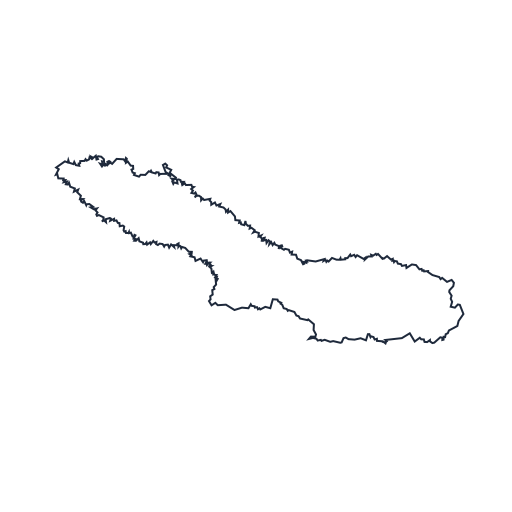 outline of Arajuno, Pastaza, Ecuador, rotated 194°
{"feature_id": "8360857B99947477251050", "entity_name": "Arajuno", "entity_type": "district", "adm_level": 2, "iso_a3": "ECU", "parent_name": "Ecuador", "parent_adm1": "Pastaza", "projection": "albers", "projection_center": [-76.93, -1.354], "detail": "fine", "context": "isolated", "style": "outline", "palette": "slate", "viewbox_px": 512, "rotation_deg": 194, "n_neighbors": 0, "source": "geoboundaries", "source_scale": "gbopen_adm2", "svg_char_len": 6117}
<svg xmlns="http://www.w3.org/2000/svg" viewBox="0 0 512 512"><g transform="rotate(194 256 256)"><path d="M281.2,199.0L273.4,201.5L263.8,198.4L257.1,202.5L250.7,203.5L249.4,207.9L248.2,206.6L245.2,206.9L244.6,205.7L242.6,206.6L241.2,204.8L240.0,206.1L238.9,205.2L234.7,208.9L229.5,208.8L229.2,218.1L224.6,218.9L223.5,217.4L220.2,216.7L220.6,215.7L218.7,215.0L216.5,212.0L213.4,212.0L211.9,210.5L211.2,211.4L205.2,211.0L202.4,208.0L200.1,207.9L198.2,206.0L190.5,206.2L190.0,207.1L183.3,203.8L182.2,198.1L178.8,194.4L178.9,192.0L183.2,191.1L184.6,188.3L180.9,190.3L177.3,190.3L175.7,188.9L172.8,190.3L171.9,189.5L169.1,191.3L163.2,190.7L160.5,192.1L153.2,192.2L152.0,192.9L151.2,197.5L149.2,198.6L146.1,197.7L140.1,198.7L134.6,201.5L128.9,200.8L128.5,207.2L127.1,207.6L125.3,205.0L125.0,205.9L122.4,205.8L120.7,203.7L118.7,204.9L118.1,202.9L112.3,203.9L109.2,202.5L109.1,203.6L110.2,203.5L108.6,204.8L110.2,205.8L94.6,211.6L88.1,218.2L81.3,211.4L77.3,216.3L75.5,215.1L73.0,215.7L71.7,213.4L69.1,213.9L66.9,216.5L66.6,215.3L63.8,214.2L62.1,215.0L57.5,221.7L55.3,221.8L54.9,219.6L53.8,220.2L54.3,223.0L52.9,223.1L53.0,226.0L51.2,227.5L50.8,230.4L43.7,236.8L43.7,242.0L40.7,249.9L46.4,257.9L48.4,257.8L50.5,254.0L54.8,253.9L54.6,259.0L56.7,261.6L56.6,264.8L59.8,267.8L60.0,269.5L57.3,274.4L57.5,277.9L60.4,280.1L64.4,277.1L70.1,279.8L71.3,278.2L73.1,279.9L80.2,280.2L85.3,282.1L85.4,283.0L89.2,281.7L89.9,282.7L91.1,281.9L92.2,283.5L94.2,282.6L98.5,285.9L102.7,285.5L107.1,280.8L108.2,283.5L112.0,281.7L113.4,283.2L116.5,282.9L118.0,284.9L120.1,284.7L120.6,283.5L121.5,285.0L122.5,284.4L122.7,286.3L124.3,285.2L128.8,287.6L131.3,284.4L132.6,284.6L131.9,283.4L138.1,287.5L139.2,286.2L140.3,287.1L142.4,284.7L144.5,285.0L143.7,283.5L147.0,282.7L149.4,279.0L149.5,280.8L150.9,279.2L158.1,281.2L159.1,279.1L161.0,280.9L163.7,278.8L164.9,280.2L166.7,276.1L168.9,275.5L168.6,274.4L172.8,272.9L173.5,274.3L174.0,272.6L177.0,271.9L181.8,272.5L184.2,268.2L185.5,268.8L186.3,267.3L187.6,269.1L189.2,267.6L189.0,269.5L196.8,265.1L205.4,264.2L206.4,263.7L205.2,262.7L206.4,262.3L205.9,261.6L208.3,261.7L207.4,260.1L208.3,259.4L211.4,262.9L215.3,263.4L217.5,266.9L221.8,266.0L222.0,268.9L223.9,267.5L225.6,270.0L229.5,270.0L230.4,268.8L234.2,269.9L234.4,271.0L232.9,271.7L233.5,272.6L234.9,271.9L235.8,268.3L235.9,271.1L240.1,271.7L241.4,273.2L242.5,270.6L244.6,273.2L245.9,270.6L246.1,273.6L247.7,274.3L248.9,271.2L250.0,274.0L252.0,273.1L252.0,275.8L253.0,275.3L253.0,272.4L254.1,272.2L254.4,274.5L256.5,275.4L255.9,277.2L258.3,275.4L258.8,279.0L262.9,279.3L264.3,278.2L263.5,280.7L267.3,282.3L268.8,281.1L269.1,284.1L271.2,283.3L273.6,284.8L274.7,287.4L274.8,283.1L278.1,283.2L278.9,284.9L280.4,284.1L280.4,286.5L284.7,285.8L286.0,289.3L291.7,293.4L293.6,291.4L294.3,294.2L295.8,291.6L296.8,293.8L299.3,295.2L303.7,295.1L303.2,297.8L306.6,295.4L308.8,298.0L311.8,294.9L312.5,297.5L314.4,298.6L314.2,300.4L319.9,297.8L321.6,298.9L322.7,296.8L323.6,299.9L326.0,300.7L328.5,299.9L329.6,298.0L328.6,301.2L330.1,303.0L331.0,301.6L333.9,301.6L333.0,304.2L335.1,305.3L333.0,307.9L334.8,307.8L335.9,309.4L341.2,307.9L342.7,309.3L344.7,307.0L345.4,308.3L344.3,310.4L346.9,309.8L347.6,311.3L349.5,311.6L351.2,310.9L349.7,307.4L353.2,307.6L353.7,306.0L355.4,308.3L354.6,309.5L356.5,310.6L352.7,311.2L352.6,312.6L358.4,315.2L358.5,312.8L360.5,313.3L359.1,319.1L364.6,320.2L364.2,322.5L366.4,323.7L368.3,321.8L364.1,315.7L361.9,314.9L362.5,314.1L368.7,312.5L369.6,311.1L370.7,313.5L373.0,313.2L373.4,311.8L377.3,311.9L378.5,313.3L378.9,312.1L380.5,312.3L383.0,307.9L387.6,306.9L388.7,304.7L394.0,305.1L393.6,307.0L395.9,307.1L397.7,309.7L396.2,310.8L397.1,313.7L399.5,313.4L403.2,316.6L404.6,315.1L404.9,319.1L405.9,319.6L405.6,315.9L407.8,317.8L414.7,316.5L417.9,310.6L419.5,311.3L421.2,310.0L420.3,312.2L421.6,312.6L423.0,311.4L421.7,309.2L422.3,307.9L423.5,308.2L424.9,306.5L424.3,309.0L425.4,309.1L427.1,305.6L429.5,307.8L426.9,307.6L428.3,310.6L426.2,310.6L427.0,313.1L430.2,314.9L433.3,314.6L434.2,313.3L432.8,311.8L434.1,311.0L435.7,314.5L437.6,311.9L440.0,312.5L437.9,310.0L441.4,311.5L441.4,309.3L443.3,307.6L444.8,308.7L445.3,306.8L449.5,305.6L449.1,303.5L450.4,302.8L449.3,300.8L452.8,300.6L455.1,303.3L455.4,301.0L459.9,301.3L461.3,303.6L461.3,301.2L464.3,301.6L471.3,293.5L468.4,292.5L469.8,286.5L468.6,287.3L466.6,283.5L461.4,284.6L461.4,282.9L459.4,283.5L460.3,281.1L457.4,282.5L457.9,279.6L455.9,279.8L455.2,281.9L453.0,278.3L448.1,277.7L448.2,274.4L444.6,277.4L444.9,274.6L440.5,272.1L440.6,268.6L438.0,269.3L439.4,267.5L438.7,266.4L436.8,265.8L436.2,268.0L433.0,264.2L432.9,265.2L430.3,266.1L425.9,264.3L428.2,263.2L424.7,262.1L421.9,263.6L422.8,261.5L420.3,259.9L421.0,257.7L420.0,256.5L418.4,257.7L413.2,256.6L412.9,253.6L414.0,252.3L411.9,253.7L409.7,252.5L410.8,255.3L407.0,257.5L405.9,257.2L406.0,254.9L402.7,257.7L402.2,255.8L400.0,256.8L398.1,254.7L396.5,254.9L395.4,251.9L392.6,253.3L391.0,252.7L390.7,248.9L389.7,247.8L388.5,248.6L387.8,246.9L385.4,247.4L385.1,248.7L384.6,247.5L383.1,248.4L380.4,245.0L379.1,245.4L379.0,247.1L378.0,246.9L379.0,243.2L377.1,243.3L377.8,241.4L376.2,241.7L374.2,244.9L372.7,242.0L368.8,241.6L368.2,240.2L366.4,240.8L365.5,242.7L364.4,240.7L362.1,243.6L361.0,242.1L359.3,245.8L357.7,244.5L356.0,245.6L355.8,243.4L353.9,242.9L352.5,244.7L349.5,245.0L347.4,242.9L346.9,244.7L344.2,245.7L342.3,243.1L341.2,246.7L337.6,244.8L338.6,246.6L334.7,247.4L335.3,248.5L334.2,249.5L333.5,246.3L333.0,247.5L331.8,247.3L330.4,245.3L329.9,246.9L326.6,246.7L322.3,243.9L319.3,244.5L319.1,243.2L321.1,241.8L319.3,241.1L318.3,242.1L319.5,239.8L315.3,239.9L313.5,236.6L309.2,240.1L305.9,237.2L305.6,238.9L302.8,240.0L301.6,237.2L302.9,237.7L303.3,236.2L302.0,236.5L301.4,235.4L300.0,238.3L299.0,238.5L299.8,237.4L298.1,236.8L298.7,235.3L296.7,235.6L298.2,234.1L296.3,233.1L294.8,229.2L294.0,230.1L293.5,228.9L293.2,230.0L292.0,227.7L289.7,228.0L290.4,225.8L289.1,226.2L289.4,225.2L287.6,224.6L288.2,222.5L289.5,223.4L287.8,218.6L289.5,215.6L288.4,213.9L290.2,212.3L288.7,208.1L290.7,205.8L289.6,202.9L290.7,200.9L287.2,197.4L284.1,200.7L281.2,199.0Z" fill="none" stroke="#1e293b" stroke-width="2"/></g></svg>